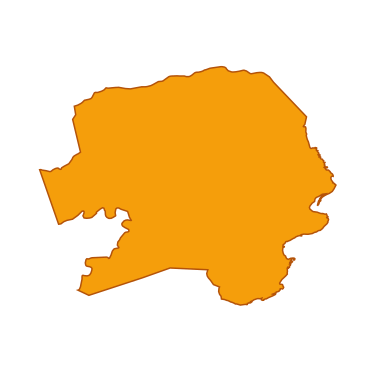 Black Bay, Laborie, Saint Lucia (Equal Earth projection), rotated 254°
{"feature_id": "8701671B96951790647096", "entity_name": "Black Bay", "entity_type": "district", "adm_level": 2, "iso_a3": "LCA", "parent_name": "Saint Lucia", "parent_adm1": "Laborie", "projection": "equal_earth", "projection_center": [-60.985, 13.744], "detail": "fine", "context": "isolated", "style": "filled", "palette": "amber", "viewbox_px": 384, "rotation_deg": 254, "n_neighbors": 0, "source": "geoboundaries", "source_scale": "gbopen_adm2", "svg_char_len": 5981}
<svg xmlns="http://www.w3.org/2000/svg" viewBox="0 0 384 384"><g transform="rotate(254 192 192)"><path d="M121.1,64.4L123.2,121.0L125.0,150.0L112.9,185.8L109.6,183.7L107.1,183.5L104.9,184.1L101.9,185.5L97.1,187.1L93.1,192.3L91.8,191.3L89.0,190.2L86.1,190.3L83.7,191.2L81.0,190.8L79.7,193.6L78.2,195.6L77.6,196.8L75.6,198.9L75.2,199.7L74.0,201.3L72.4,202.9L72.1,204.0L70.0,207.3L69.3,212.3L68.6,213.8L68.7,214.2L69.6,214.5L69.5,215.1L69.8,216.1L69.3,217.1L69.4,218.0L69.7,218.7L70.2,217.7L70.5,218.1L70.8,220.3L71.3,221.8L71.5,225.3L71.1,226.8L70.6,228.0L70.7,229.8L69.8,229.0L69.2,229.0L68.5,229.8L68.2,231.0L68.7,231.2L69.0,233.2L68.8,234.1L69.4,236.5L69.9,240.9L70.5,243.8L71.0,244.4L71.3,244.5L71.5,244.3L71.4,241.7L71.6,241.4L72.0,245.0L72.7,245.5L72.5,246.6L72.6,248.0L72.7,248.4L73.5,249.1L73.6,249.8L74.7,250.2L74.6,250.9L73.8,252.2L74.1,253.0L75.2,253.9L76.0,253.6L77.9,253.5L78.3,253.2L79.1,251.3L79.5,251.0L80.3,251.1L83.1,254.3L85.5,259.0L86.8,261.0L88.1,261.2L89.2,261.8L92.4,262.5L92.1,263.6L92.4,263.8L92.8,263.2L93.2,263.3L92.6,264.4L92.7,264.9L93.7,265.1L94.4,266.3L94.9,266.7L95.5,266.9L95.9,265.9L96.8,266.7L98.0,266.4L96.7,267.4L96.5,267.7L96.5,268.0L97.3,269.4L97.8,269.4L98.4,268.0L98.7,267.9L98.9,268.7L99.7,268.7L100.0,269.1L100.1,270.0L100.0,270.4L99.2,271.2L98.4,271.2L98.5,271.9L99.2,272.4L99.6,272.5L100.3,271.9L100.7,270.8L101.1,268.4L100.7,265.9L101.9,264.7L103.2,264.3L104.5,264.3L106.3,263.0L108.5,262.8L111.0,263.0L113.7,264.2L113.6,265.1L113.8,265.6L114.2,265.7L114.9,264.5L116.2,265.1L116.9,267.0L118.3,268.5L118.4,269.1L118.1,270.0L118.4,271.3L118.4,272.6L119.5,276.8L119.6,278.1L120.2,279.3L120.5,281.5L120.4,283.6L119.7,284.7L119.6,285.3L120.0,285.5L120.8,285.1L120.9,285.7L120.7,287.9L119.4,291.8L118.9,296.2L119.4,298.6L119.3,300.7L120.0,302.8L119.8,304.8L120.9,307.4L122.5,309.5L124.2,312.9L125.3,314.2L125.9,314.1L126.8,315.1L127.2,315.2L127.9,315.7L128.9,315.6L130.1,314.5L130.3,314.5L130.4,315.6L130.6,315.9L130.9,315.8L131.4,315.3L133.1,315.3L133.9,315.1L133.9,314.2L134.2,313.3L134.9,312.6L135.1,311.7L135.5,311.3L135.6,310.4L136.3,309.2L138.1,306.8L139.8,303.0L140.7,302.2L143.2,300.6L144.8,300.6L146.1,301.6L148.2,304.5L149.1,307.2L151.2,308.2L152.3,309.5L152.7,311.1L152.8,312.5L153.7,315.9L153.7,316.9L153.9,316.9L153.4,320.3L153.2,320.0L153.2,318.4L152.5,316.8L152.2,315.4L150.4,313.0L149.3,312.3L148.5,311.2L145.5,309.4L144.8,309.0L144.5,309.3L145.5,310.6L147.6,312.0L147.9,313.1L148.4,313.5L149.1,313.3L150.7,315.1L151.2,316.0L152.0,318.6L152.5,320.9L152.8,323.6L153.9,327.0L155.8,329.3L159.0,332.3L160.2,331.3L160.4,331.5L161.9,330.4L162.1,329.8L162.8,330.1L164.9,329.3L166.3,329.2L167.5,329.4L168.1,329.9L168.6,330.9L168.5,331.5L168.1,332.0L168.4,332.2L170.1,332.1L170.9,331.7L172.5,330.5L173.2,330.5L175.4,329.3L176.2,327.2L177.6,326.6L178.0,326.5L178.2,326.8L178.1,328.8L178.4,329.0L179.0,328.7L178.8,326.9L179.2,326.0L179.8,326.9L180.0,326.7L180.8,327.0L180.9,326.7L181.3,327.1L182.3,327.0L182.5,326.8L183.7,327.9L184.0,327.1L184.5,326.6L185.7,327.2L186.4,326.6L187.5,326.4L188.2,325.1L188.9,324.8L189.3,324.7L190.0,325.3L190.4,325.0L190.6,323.7L190.8,323.7L191.0,324.0L190.8,324.6L191.0,324.9L191.7,324.9L191.9,324.6L192.3,325.2L192.6,324.9L192.8,323.6L193.1,323.4L194.2,324.6L194.8,324.5L195.8,323.9L196.4,324.0L196.8,323.6L197.1,323.5L197.3,324.0L197.8,323.1L198.4,323.1L199.4,323.7L199.6,323.4L199.7,323.8L200.1,323.9L200.8,322.6L200.5,321.8L201.1,320.2L201.0,318.8L201.2,318.1L202.4,317.6L208.0,317.7L210.7,317.3L213.4,317.3L215.1,317.5L216.1,318.2L218.2,317.9L221.5,319.0L223.1,319.1L223.4,318.9L223.9,317.4L224.2,317.1L224.9,317.6L225.9,319.1L232.7,322.8L275.1,300.6L281.3,298.2L286.6,293.7L287.6,292.1L288.2,290.3L288.8,287.3L289.3,281.7L289.6,281.0L289.9,280.5L293.3,277.7L294.7,275.6L294.9,274.7L295.1,270.5L295.5,267.0L296.1,264.2L296.6,263.0L298.6,260.2L300.7,259.1L301.9,258.8L302.5,258.3L303.2,257.5L304.2,255.4L304.5,254.4L305.8,245.0L306.0,243.3L305.7,239.1L305.8,237.6L305.3,235.7L305.2,233.8L305.4,231.1L305.9,229.2L305.9,228.0L305.7,227.2L304.3,223.9L303.8,222.0L303.8,220.6L304.4,218.5L305.7,216.4L306.7,212.7L307.8,209.5L309.2,203.8L309.3,202.2L309.2,201.4L306.8,194.7L306.7,193.8L307.4,190.1L306.0,184.1L305.6,181.8L305.7,177.9L306.0,176.1L307.0,172.5L308.1,161.2L309.8,156.5L312.8,150.4L313.6,147.0L314.9,140.0L315.8,138.1L314.3,135.4L313.8,132.8L313.7,129.3L313.8,128.3L314.4,126.5L314.2,125.5L310.4,121.9L309.7,120.7L309.5,118.9L309.8,113.9L308.3,111.2L307.7,109.5L307.0,106.1L306.9,102.5L298.3,101.5L294.7,97.3L261.0,95.8L260.1,93.1L259.9,91.7L259.1,88.6L258.2,87.1L256.4,85.6L253.1,81.4L252.0,76.2L251.2,73.4L250.0,72.4L250.1,71.5L251.3,70.2L251.6,70.2L252.1,69.3L252.2,68.5L252.2,67.1L251.7,64.5L250.7,62.2L250.8,60.9L252.7,57.6L254.4,53.9L255.2,52.9L255.4,51.7L197.8,54.9L197.5,57.2L198.8,60.6L199.2,64.0L198.8,69.7L201.0,75.8L203.9,81.1L203.5,82.6L202.6,82.8L201.4,82.3L199.1,80.6L196.8,81.1L195.8,83.4L195.2,86.5L195.2,88.7L197.8,94.3L198.8,94.4L199.3,95.3L201.0,99.4L201.5,101.8L200.6,102.9L198.5,102.9L197.6,103.3L194.4,102.6L192.8,102.5L191.1,103.2L189.8,104.5L189.5,105.0L189.0,107.0L189.3,109.0L190.1,111.9L190.3,112.1L193.3,112.4L196.7,114.1L197.3,115.6L197.0,116.8L196.8,117.2L195.0,119.0L191.4,124.3L190.6,124.8L185.0,124.9L181.5,125.8L181.4,125.5L183.0,122.2L183.2,120.5L182.9,118.6L181.2,116.1L180.4,115.7L179.1,115.7L178.5,115.9L176.5,117.5L173.7,120.5L173.0,120.8L171.7,120.5L171.3,119.5L171.6,117.2L171.3,116.0L167.7,110.7L165.9,109.1L164.4,107.0L162.2,105.9L161.4,105.6L159.0,106.4L158.6,106.2L158.5,105.5L158.8,102.0L158.6,101.1L157.1,99.1L153.7,96.8L151.2,94.5L151.1,93.7L152.3,93.0L153.0,91.8L156.3,78.0L156.4,76.7L156.1,74.3L156.8,72.5L156.2,71.5L153.3,69.9L151.1,69.7L150.2,70.0L149.6,70.6L148.3,73.2L147.3,74.3L146.4,74.7L145.7,74.7L144.2,74.0L142.1,72.6L140.6,70.9L140.3,70.0L140.2,68.6L140.4,67.7L141.3,65.4L142.0,64.2L141.9,63.5L140.8,62.9L138.6,62.3L131.5,58.6L129.4,56.8L129.1,55.9L129.1,55.3L121.1,64.4Z" fill="#f59e0b" stroke="#b45309" stroke-width="1.5"/></g></svg>